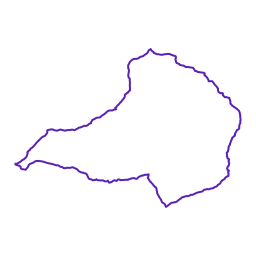 Langthil, Tongsa, Bhutan
{"feature_id": "84629894B85731212133965", "entity_name": "Langthil", "entity_type": "district", "adm_level": 2, "iso_a3": "BTN", "parent_name": "Bhutan", "parent_adm1": "Tongsa", "projection": "orthographic", "projection_center": [90.569, 27.339], "detail": "fine", "context": "isolated", "style": "outline", "palette": "violet", "viewbox_px": 256, "rotation_deg": 0, "n_neighbors": 0, "source": "geoboundaries", "source_scale": "gbopen_adm2", "svg_char_len": 5863}
<svg xmlns="http://www.w3.org/2000/svg" viewBox="0 0 256 256"><path d="M25.4,169.7L25.7,169.6L27.6,167.4L28.7,165.2L29.3,164.5L30.1,163.9L33.2,162.7L34.5,161.7L35.9,161.1L37.8,160.9L40.9,161.2L43.4,161.7L47.8,163.1L52.1,164.0L54.5,164.7L55.7,165.2L58.5,165.4L60.2,166.7L62.3,167.1L63.6,168.1L65.2,168.2L67.3,167.7L69.5,167.9L70.7,167.7L72.2,167.3L73.1,167.4L76.7,169.0L77.7,169.8L78.6,171.1L79.1,171.4L81.4,172.4L83.0,172.7L84.4,173.2L85.7,173.5L86.2,173.8L86.6,174.2L87.1,175.0L88.4,177.9L89.0,178.7L89.5,179.0L91.3,179.4L92.9,180.3L93.6,180.2L94.1,180.0L95.0,180.0L95.6,179.8L96.2,179.4L96.4,179.3L96.9,179.8L97.5,180.1L99.4,180.4L102.7,180.4L103.6,180.6L104.8,181.3L105.3,181.4L107.1,181.3L107.6,181.1L107.9,180.8L109.0,182.4L109.3,182.7L109.6,182.7L110.0,182.6L110.5,182.2L111.5,182.1L113.0,180.9L113.6,180.7L114.4,180.2L114.6,180.2L115.9,180.8L116.6,180.9L117.0,180.6L117.5,179.9L117.9,179.6L119.5,179.5L120.3,180.0L120.7,180.2L121.8,180.0L123.5,180.1L124.4,179.8L126.2,179.8L126.9,179.6L127.8,179.9L128.5,179.6L129.0,179.2L130.1,178.8L130.8,178.8L131.9,178.3L133.0,178.2L133.7,178.1L134.4,178.1L135.4,178.7L136.3,178.9L137.2,178.5L138.1,177.5L139.2,176.6L140.4,176.3L141.8,175.5L143.0,175.6L143.7,175.1L144.4,175.1L145.0,174.7L146.7,174.8L148.5,174.4L148.6,175.1L148.5,175.8L148.3,176.5L147.8,177.5L148.0,178.2L148.1,178.4L148.5,178.7L149.2,180.2L150.1,181.3L150.4,181.9L151.0,182.2L152.0,183.5L152.7,184.1L153.4,185.1L153.7,185.7L154.3,185.9L154.8,186.8L155.7,187.3L156.2,187.8L156.6,188.9L156.5,190.1L157.0,191.3L157.2,193.2L158.2,195.3L158.8,196.1L159.4,197.4L160.5,198.8L161.0,199.7L161.9,201.9L162.3,202.5L163.5,203.1L164.1,203.5L165.0,204.6L165.6,206.2L166.0,206.8L167.2,206.1L168.8,204.8L171.3,202.9L172.3,202.7L174.2,202.4L176.5,201.8L176.9,201.6L177.6,200.8L179.5,199.4L179.8,199.1L181.0,198.4L181.7,197.6L182.3,197.3L183.5,197.0L186.1,196.1L187.0,196.2L188.9,195.9L189.7,195.6L191.0,194.7L192.1,194.9L193.3,194.5L196.9,192.7L202.4,191.4L203.4,190.4L204.2,189.7L205.4,189.6L206.5,189.3L207.1,189.0L208.3,189.3L209.2,189.2L210.3,188.7L213.4,188.1L214.1,187.4L214.9,187.0L216.3,186.6L216.8,186.3L217.2,185.9L217.6,185.1L217.8,185.0L219.6,183.9L219.9,183.6L220.4,183.1L220.7,182.2L222.2,180.4L224.4,179.1L224.7,178.7L225.2,177.9L225.5,177.5L226.1,177.2L226.8,176.6L228.1,176.1L228.5,175.8L228.4,174.2L228.6,173.5L228.1,172.5L228.4,171.8L228.7,171.5L228.8,170.8L228.6,170.4L227.7,170.2L227.5,169.3L227.2,168.9L227.1,168.4L227.1,168.2L227.6,167.4L227.7,166.5L228.8,165.6L229.2,163.3L229.1,162.8L229.1,162.4L228.6,161.5L228.5,161.1L229.1,159.9L229.1,159.6L228.8,159.0L227.7,158.5L227.4,158.1L227.4,157.0L227.1,156.6L226.9,156.2L226.9,155.0L227.0,154.6L226.8,153.6L226.8,152.7L227.0,152.3L227.7,151.9L227.9,151.5L228.1,150.4L228.5,149.5L228.5,148.3L228.4,147.9L228.7,147.2L228.7,146.5L229.0,145.9L229.9,144.8L230.1,144.4L230.1,143.5L231.7,139.3L232.0,139.0L232.1,138.3L232.3,137.6L233.3,137.0L233.7,136.4L234.4,135.9L234.7,135.9L235.1,134.9L234.9,134.4L235.0,133.8L235.6,132.6L236.4,131.3L237.0,130.2L237.2,129.9L238.3,129.5L239.0,128.7L239.2,128.4L239.3,125.7L239.6,124.5L240.3,122.9L240.4,121.6L240.2,121.0L240.5,120.4L240.6,119.8L240.5,118.9L240.2,117.3L240.3,115.8L240.0,114.8L240.1,114.4L239.4,111.7L239.1,111.1L238.5,110.4L236.9,108.9L232.9,106.1L231.4,104.7L230.4,103.3L230.4,101.7L230.0,100.0L229.8,99.2L229.3,98.6L229.2,97.9L228.0,97.7L226.1,97.0L225.1,97.3L224.6,97.0L222.8,95.1L223.0,93.9L222.6,93.2L222.3,93.1L220.7,93.2L219.3,92.5L218.6,92.0L218.3,91.4L217.9,90.2L218.0,89.6L218.0,88.4L217.3,87.8L216.5,86.4L214.5,84.4L213.6,82.9L212.1,81.2L208.7,81.2L208.4,79.8L207.7,78.8L207.1,77.5L205.7,76.2L204.5,75.2L204.3,74.7L204.6,74.1L204.6,73.3L204.3,73.0L203.5,72.7L199.9,72.3L198.7,72.0L198.2,72.1L197.6,71.9L196.6,71.2L195.9,71.0L195.2,71.0L193.1,67.8L187.1,66.9L186.0,67.1L183.6,65.6L181.8,65.4L179.9,64.9L179.6,64.3L178.1,63.5L176.7,63.0L176.0,61.8L175.9,60.8L175.6,60.2L175.4,59.0L175.9,58.2L175.9,56.9L175.8,56.5L175.1,56.0L173.2,55.5L169.5,54.0L167.9,53.9L165.7,54.2L164.3,54.3L162.1,54.8L160.5,54.7L158.8,54.3L157.0,54.2L153.7,52.8L153.4,51.9L152.4,51.3L151.6,50.6L150.7,49.2L149.6,49.8L148.6,50.5L148.3,51.1L148.0,52.0L146.6,53.7L144.7,54.8L143.0,56.2L140.9,56.7L139.5,57.4L138.6,58.2L137.7,58.6L136.8,58.8L134.3,58.9L132.5,59.5L131.1,60.7L129.8,62.1L129.2,63.5L128.4,64.8L128.2,65.3L128.2,68.1L128.8,69.5L128.9,71.1L128.6,73.3L128.2,75.1L128.6,77.3L129.6,78.5L129.8,79.1L129.7,80.7L130.0,82.8L129.8,84.1L130.0,90.2L129.9,90.5L128.4,91.6L128.1,92.5L127.9,92.7L127.0,93.0L126.6,93.5L125.5,94.2L125.0,94.6L124.9,94.8L124.7,97.0L124.4,97.6L122.9,99.6L122.0,100.5L121.5,101.3L120.9,102.1L120.1,102.7L119.1,104.0L117.4,105.6L116.7,106.3L116.5,107.0L115.3,107.9L115.4,108.1L116.0,109.2L115.7,109.4L114.1,109.6L112.4,110.4L109.6,110.5L108.7,110.7L107.6,111.3L107.1,111.6L105.8,112.9L103.8,114.5L102.5,115.3L101.2,116.2L100.4,117.2L100.2,117.3L99.2,117.5L96.4,117.8L94.6,119.0L94.4,119.2L93.1,119.5L92.3,120.1L91.4,121.6L90.9,123.2L90.2,123.5L89.4,123.7L87.8,125.1L87.3,125.4L86.8,125.7L86.0,125.9L84.2,125.8L80.7,127.4L78.7,127.7L77.3,128.8L76.5,129.0L76.2,129.2L75.2,130.0L74.6,130.2L72.9,129.7L71.6,129.7L70.7,129.9L68.3,130.1L66.9,130.1L65.2,130.7L62.2,130.0L61.2,129.7L60.2,129.6L58.9,130.0L57.9,130.4L56.9,130.7L55.7,130.5L54.1,130.1L53.0,129.5L51.3,129.4L49.5,129.7L47.5,130.2L47.2,130.7L47.3,132.1L47.1,133.0L46.5,133.9L46.0,134.4L45.3,135.6L44.8,135.9L42.9,136.7L41.8,137.4L36.1,143.2L35.3,144.3L33.9,146.0L32.1,147.7L30.6,148.7L30.3,149.1L29.7,150.2L28.4,151.0L27.6,151.9L27.4,152.2L27.7,153.1L27.7,153.4L27.3,154.2L27.1,155.2L26.4,156.8L25.7,157.7L24.6,158.6L23.8,159.4L22.7,159.8L20.3,161.8L19.0,162.6L16.7,163.8L16.1,163.9L15.5,163.8L15.4,164.2L15.5,164.5L18.4,165.6L19.3,165.8L20.0,166.1L20.5,166.8L20.9,168.3L21.2,168.7L21.7,169.1L22.7,169.3L23.3,169.2L23.9,169.4L25.4,169.7Z" fill="none" stroke="#5b21b6" stroke-width="2"/></svg>